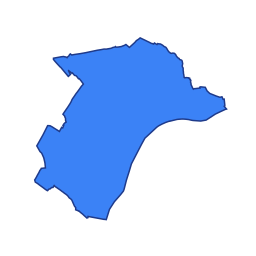 Rasova, Constanta, Romania, rotated 171°
{"feature_id": "2599482B79501903079205", "entity_name": "Rasova", "entity_type": "district", "adm_level": 2, "iso_a3": "ROU", "parent_name": "Romania", "parent_adm1": "Constanta", "projection": "albers", "projection_center": [27.997, 44.248], "detail": "fine", "context": "isolated", "style": "filled", "palette": "blue", "viewbox_px": 256, "rotation_deg": 171, "n_neighbors": 0, "source": "geoboundaries", "source_scale": "gbopen_adm2", "svg_char_len": 5205}
<svg xmlns="http://www.w3.org/2000/svg" viewBox="0 0 256 256"><g transform="rotate(171 128 128)"><path d="M27.7,131.3L28.5,132.5L29.1,133.6L29.3,134.2L29.4,134.4L29.5,134.5L29.2,134.7L28.9,134.9L28.8,135.2L28.6,139.2L28.5,141.5L29.6,141.5L30.3,144.1L32.2,144.0L32.5,144.0L35.9,145.8L36.4,146.1L41.9,149.4L44.1,152.3L45.3,156.1L49.4,157.2L49.9,157.3L50.1,157.2L50.7,157.1L50.6,156.2L55.7,156.4L56.5,156.5L57.1,156.4L57.4,156.2L57.8,157.0L58.9,160.9L58.9,161.2L58.9,161.5L58.8,162.3L58.9,163.0L59.1,163.5L58.5,165.1L58.8,165.9L58.8,166.0L59.1,165.9L59.5,167.0L59.9,167.4L59.6,167.7L60.3,168.1L62.6,168.7L62.9,168.7L63.2,168.7L63.7,168.7L64.1,168.7L64.3,168.8L64.6,169.1L64.6,169.4L64.6,169.8L64.6,170.7L64.6,172.5L64.7,173.3L64.6,174.2L64.5,174.4L64.5,174.7L64.5,175.5L64.5,176.2L64.5,176.6L64.4,177.0L64.3,177.5L64.2,178.4L64.2,178.7L64.4,179.2L64.7,179.8L64.7,180.3L64.7,181.0L64.3,181.9L64.1,182.6L63.9,183.2L64.0,184.4L64.1,184.7L64.0,184.9L64.0,185.4L64.1,185.9L64.3,186.4L64.6,186.7L65.3,187.1L65.8,187.3L66.1,187.5L66.3,187.7L66.5,188.1L66.6,188.6L66.9,188.9L67.3,189.1L67.7,189.5L68.6,190.8L69.2,192.1L69.3,192.8L70.0,193.9L70.5,194.5L71.4,194.8L72.1,195.0L73.5,194.9L74.2,195.2L74.5,195.4L74.7,195.8L75.7,196.8L75.9,197.2L76.6,198.5L77.0,199.8L77.2,200.1L77.6,201.1L77.8,201.4L78.2,202.0L79.5,202.7L80.0,203.4L80.1,203.5L80.7,204.1L80.8,204.3L81.9,205.2L82.4,205.6L82.8,205.9L83.6,206.1L84.0,206.2L84.7,206.4L85.2,206.5L85.4,206.7L86.3,205.9L88.6,207.8L89.2,207.2L89.5,206.9L89.9,207.0L90.3,207.4L90.9,207.6L91.6,207.9L92.1,208.2L92.5,208.5L93.5,209.3L95.3,210.5L97.1,211.8L101.9,215.1L103.6,214.1L104.2,213.8L105.4,213.3L106.2,212.9L107.9,211.4L114.0,207.4L117.0,210.8L118.6,210.2L120.0,209.9L120.8,209.8L121.3,209.6L121.5,209.5L125.3,209.5L127.1,209.7L127.7,210.4L128.1,210.0L130.4,209.9L132.0,209.4L137.2,209.3L139.2,209.7L142.6,209.6L146.2,209.6L158.2,209.0L163.8,208.9L169.5,209.0L172.1,208.9L173.4,210.2L174.3,209.5L174.6,209.2L175.0,208.6L175.4,208.3L176.1,207.9L176.6,207.6L177.2,207.0L177.5,207.4L178.3,207.9L179.7,208.3L180.1,208.6L180.3,208.7L182.6,208.8L190.7,208.6L190.9,207.4L189.7,205.3L188.3,203.1L185.5,198.9L185.3,198.7L185.0,198.5L184.9,198.3L178.9,188.3L177.9,188.9L176.5,189.9L176.9,191.1L177.8,193.9L177.7,194.0L176.5,192.7L175.3,191.4L174.9,190.8L174.3,191.1L174.0,190.7L173.5,189.8L173.3,189.5L172.7,188.5L172.5,188.3L171.5,187.9L171.0,187.6L170.7,187.2L170.0,185.9L169.5,184.9L169.2,184.4L168.9,184.2L168.6,184.3L168.4,184.3L168.1,183.8L166.9,181.8L166.7,181.3L165.9,179.8L165.2,178.4L166.1,177.6L167.5,176.5L169.4,174.5L172.6,171.3L173.5,170.5L174.6,169.4L175.2,168.7L176.9,166.9L177.6,166.2L178.0,165.8L179.0,164.6L179.9,163.1L180.9,161.8L181.9,160.6L182.2,160.3L183.6,158.7L185.0,157.2L185.7,156.5L187.1,155.0L187.7,154.4L190.1,151.8L188.7,149.7L188.7,149.0L188.2,147.2L188.5,145.4L188.2,143.5L188.4,143.4L189.2,143.1L190.6,142.2L190.9,141.5L191.0,141.3L191.2,141.1L191.6,141.1L191.8,140.8L191.2,140.4L192.5,138.3L193.4,139.0L196.3,135.3L203.0,141.2L204.0,141.9L204.2,142.2L204.8,142.4L205.6,142.7L206.1,142.8L206.6,142.8L207.0,142.9L212.9,134.7L220.9,124.6L218.6,118.5L217.2,116.7L215.9,111.9L215.8,110.9L215.5,106.4L215.8,101.5L220.0,101.7L220.4,101.0L221.3,100.2L221.6,99.9L222.3,99.0L222.6,98.4L225.0,95.4L226.1,93.9L227.3,92.4L228.0,91.6L228.3,91.3L228.0,89.0L227.7,88.8L226.8,88.0L226.1,87.4L224.5,85.7L224.2,85.4L223.0,84.2L222.1,83.3L220.7,81.9L220.3,81.5L220.3,81.4L219.9,81.0L219.4,80.5L218.7,79.8L218.4,79.6L218.0,79.2L217.8,79.0L217.5,78.8L217.4,78.7L217.2,78.7L217.0,78.8L216.8,79.0L216.7,79.2L216.4,79.5L216.2,79.6L215.9,79.8L215.6,80.0L215.3,80.0L215.2,80.1L214.6,80.1L214.3,80.1L214.2,80.1L213.7,80.5L213.2,80.9L213.0,81.0L212.7,81.1L212.4,81.2L212.1,81.1L211.7,81.0L211.4,81.0L211.1,81.3L210.9,81.6L210.3,82.3L210.2,82.5L209.9,82.8L209.8,82.7L209.7,82.5L209.6,82.4L209.5,82.1L209.3,81.8L209.1,81.6L208.9,81.3L208.7,81.2L207.3,79.9L207.0,79.6L206.8,79.4L206.7,79.3L206.5,79.1L206.4,79.0L206.2,78.8L206.0,78.6L205.6,78.3L204.9,77.6L204.6,77.3L204.4,77.0L204.2,76.9L204.0,76.7L203.8,76.5L203.5,76.1L203.3,75.9L202.8,75.4L202.5,75.2L201.9,74.5L201.5,74.1L201.0,73.5L200.8,73.3L200.4,73.0L199.9,72.5L199.7,72.3L199.6,72.2L199.4,72.0L198.8,71.3L198.3,70.7L198.1,70.3L197.8,69.9L197.2,68.6L196.9,68.1L196.7,68.0L196.5,67.7L196.0,67.3L195.8,67.1L195.3,66.4L194.9,65.8L194.8,65.6L194.6,65.0L194.3,63.8L193.3,60.0L193.2,59.7L193.1,59.3L193.0,59.0L192.7,58.5L192.6,58.4L192.4,58.1L192.3,57.8L192.2,57.7L192.1,57.4L192.2,57.1L192.3,56.4L192.5,55.4L191.5,54.8L190.7,54.4L190.0,53.8L189.9,53.9L189.7,53.9L189.4,53.7L189.1,53.3L188.8,52.9L188.6,52.7L188.4,52.3L187.7,51.6L187.2,51.0L186.4,50.2L184.8,48.1L182.9,45.8L182.7,45.5L181.6,45.7L181.3,46.9L166.0,41.5L165.9,41.6L163.8,40.9L159.0,50.6L153.0,57.3L147.6,61.8L145.8,63.3L142.4,66.4L141.4,68.2L137.7,76.8L136.3,79.6L133.4,85.4L132.4,87.5L130.2,92.1L121.6,103.8L117.1,109.9L112.9,115.3L107.2,119.1L99.6,124.2L97.5,125.3L94.0,126.5L89.9,127.6L86.6,128.2L85.4,128.3L85.4,128.2L78.2,128.8L76.5,128.7L74.2,128.5L72.5,128.3L69.8,127.7L66.9,126.9L65.4,126.3L64.2,125.8L62.8,125.3L55.1,123.5L49.6,123.6L39.5,128.1L34.1,129.7L28.8,131.2L28.1,131.2L27.7,131.3Z" fill="#3b82f6" stroke="#1e3a8a" stroke-width="1.5"/></g></svg>